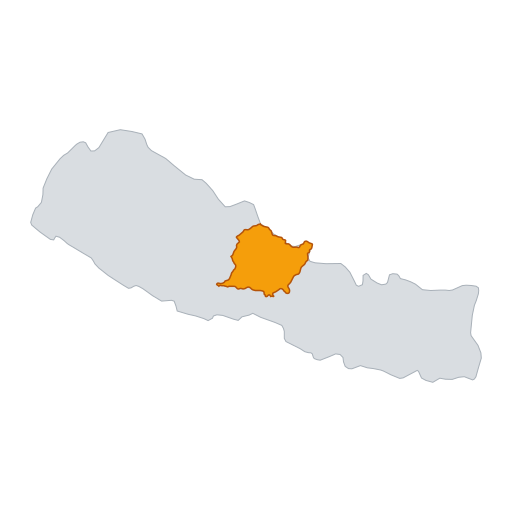 Gandaki on a map of Nepal (Albers equal-area conic projection)
{"feature_id": "NPL-1095", "entity_name": "Gandaki", "entity_type": "District", "adm_level": 1, "iso_a3": "NPL", "parent_name": "Nepal", "parent_adm1": "", "projection": "albers", "projection_center": [84.335, 28.335], "detail": "fine", "context": "in_parent", "style": "filled", "palette": "amber", "viewbox_px": 512, "rotation_deg": 0, "n_neighbors": 0, "source": "natural_earth", "source_scale": "10m", "svg_char_len": 5507}
<svg xmlns="http://www.w3.org/2000/svg" viewBox="0 0 512 512"><path d="M476.1,286.2L478.4,287.8L478.7,290.6L478.4,293.7L476.3,300.5L474.4,305.3L472.3,315.3L470.6,332.7L471.1,335.7L478.0,345.4L480.9,352.9L481.3,358.1L478.7,366.8L475.9,376.8L474.4,379.0L472.6,379.9L464.3,376.7L458.6,377.3L452.2,379.4L445.4,379.2L439.8,378.2L432.8,382.3L425.9,380.4L421.5,378.0L418.5,371.3L417.2,370.4L403.1,377.9L399.7,378.4L390.7,374.7L383.4,371.0L380.6,370.0L373.6,368.6L367.3,367.8L360.4,365.6L351.9,368.8L348.5,368.6L345.2,366.4L343.5,361.8L343.0,357.5L340.1,354.5L335.6,353.9L329.4,356.6L320.2,360.2L317.3,359.7L314.5,358.7L313.5,357.7L312.2,353.7L310.8,352.8L308.6,352.7L304.8,351.7L300.2,348.7L286.0,341.6L284.3,338.4L284.3,331.4L283.5,328.5L281.8,325.4L274.6,322.3L260.6,317.3L252.8,313.3L249.1,315.1L242.0,316.8L238.2,320.4L233.6,319.2L222.7,315.4L216.9,314.8L213.4,316.0L212.5,318.2L208.1,320.6L203.9,318.6L195.5,315.9L188.2,314.3L177.2,311.0L176.0,306.1L174.2,301.2L171.5,300.3L161.6,301.1L152.6,295.7L142.9,288.7L138.8,286.4L136.1,285.5L133.7,286.3L131.0,287.9L128.5,288.3L123.3,285.2L116.6,280.9L108.4,275.6L98.9,268.1L95.0,264.0L93.3,260.9L91.3,258.0L83.0,253.1L76.5,249.2L68.6,244.5L67.2,243.5L64.3,240.8L59.7,237.3L56.0,236.2L54.7,238.0L53.7,239.9L50.4,239.4L45.3,235.8L40.0,232.0L35.9,228.6L31.7,225.0L30.7,222.4L32.8,214.7L35.6,208.1L37.8,206.7L41.4,202.4L42.9,194.7L43.1,188.1L46.8,178.9L51.7,169.1L60.1,158.7L63.7,155.3L67.6,153.0L75.3,145.4L76.8,144.1L80.1,142.2L83.3,141.8L85.7,142.8L88.0,147.0L90.9,151.0L94.6,150.9L98.9,147.6L108.1,132.5L120.3,129.7L131.9,131.5L142.0,133.9L145.0,139.1L146.8,144.6L148.1,147.3L151.4,150.6L165.7,158.5L174.0,165.6L185.6,175.0L194.2,179.2L202.0,179.7L206.3,183.4L212.8,190.7L218.3,199.1L225.2,206.8L230.0,206.6L236.6,204.1L244.5,200.9L249.3,202.5L253.6,204.6L255.1,208.6L257.7,216.2L260.6,224.0L265.2,226.8L270.6,230.8L273.6,234.0L283.8,239.9L285.3,242.2L287.4,243.9L289.9,244.9L291.9,246.1L295.1,246.5L306.9,242.9L310.1,243.3L311.9,244.0L312.0,245.2L309.9,250.8L308.1,257.8L310.0,261.3L315.0,262.8L326.0,263.7L340.8,263.5L345.3,267.0L349.9,272.3L354.5,281.4L356.3,285.2L358.6,286.3L362.4,284.7L363.0,281.0L363.1,275.4L366.3,273.4L368.4,274.8L370.9,279.1L377.1,283.0L381.6,284.8L385.8,284.1L387.5,282.5L389.5,274.8L392.8,273.7L397.0,274.1L398.7,275.6L400.4,278.6L405.6,279.9L410.7,281.8L415.5,284.2L422.4,289.7L430.7,290.5L440.3,290.1L445.4,290.1L449.2,290.5L452.5,290.0L462.3,285.6L466.3,285.2L471.3,285.5L476.1,286.2Z" fill="#d9dde1" stroke="#a8b0b8" stroke-width="1"/><path d="M260.4,223.9L260.9,224.8L263.7,226.4L267.5,227.2L268.2,227.5L268.7,228.0L269.6,229.5L270.8,230.5L271.3,231.1L272.1,234.0L272.8,235.2L274.2,235.6L275.4,235.6L276.4,236.0L277.3,236.5L278.4,236.9L281.4,237.4L281.9,237.7L282.5,238.8L282.8,239.3L283.9,239.7L285.0,239.9L285.6,240.4L285.3,243.3L286.1,243.8L288.6,243.9L289.6,244.5L291.1,246.2L292.1,246.9L292.8,247.2L293.4,247.3L296.5,247.1L297.1,247.2L298.1,247.5L298.7,247.6L299.2,247.4L299.6,247.0L300.3,245.5L300.6,245.1L302.3,244.2L302.8,244.1L303.3,243.9L303.6,243.4L304.2,242.3L304.5,241.7L304.9,241.4L306.1,241.1L307.3,241.5L309.3,242.9L312.0,243.8L312.4,244.5L311.8,247.7L311.6,248.2L311.3,248.8L310.9,249.1L310.0,249.5L309.6,249.9L309.5,250.3L309.6,251.5L309.2,252.3L307.8,253.2L307.5,253.8L307.9,257.3L307.9,258.5L307.7,260.4L306.7,260.9L305.9,261.8L304.8,264.0L304.3,264.6L302.1,266.4L301.3,267.3L300.8,268.3L299.9,271.9L299.2,273.2L298.6,273.9L298.1,274.2L296.6,274.5L295.5,275.0L294.5,275.6L293.9,276.1L293.5,276.7L290.7,282.2L289.9,283.2L288.2,284.9L287.9,285.5L287.8,286.2L287.9,286.6L288.1,287.1L289.2,289.0L289.5,289.9L289.6,290.8L289.4,292.1L289.1,292.7L288.7,293.1L288.2,293.3L287.8,293.4L287.3,293.4L286.7,293.3L286.3,293.1L285.8,292.9L285.5,292.5L285.2,292.1L285.0,291.8L284.8,291.6L284.2,291.3L283.5,290.2L282.9,289.5L282.3,289.1L281.9,288.8L281.3,288.7L280.7,288.6L280.2,288.7L279.9,288.8L278.7,289.8L275.7,291.8L273.2,292.9L272.8,293.4L272.7,294.4L272.9,295.0L273.1,295.4L273.4,295.7L273.6,295.9L273.7,296.3L273.5,296.5L271.6,296.2L270.7,296.5L270.1,295.5L269.6,294.9L268.6,295.0L267.8,295.6L267.2,296.3L266.5,296.6L266.0,296.6L265.7,296.5L265.4,296.2L265.4,295.6L265.2,295.0L264.5,294.6L264.2,294.1L264.1,293.0L264.0,292.2L263.7,291.6L262.7,291.0L260.3,290.5L255.3,290.5L253.0,289.9L251.9,289.3L249.9,287.5L248.8,287.1L247.4,287.2L244.9,288.6L243.6,288.9L242.8,288.9L241.3,288.5L240.6,288.4L240.0,288.5L238.7,289.0L238.1,289.0L237.3,288.6L235.8,287.0L234.9,286.4L233.5,286.3L229.0,286.3L228.0,286.8L227.6,286.9L225.7,286.2L225.0,286.2L224.3,285.8L223.4,285.7L221.8,285.7L220.2,285.4L219.6,285.5L218.9,286.2L218.1,285.5L217.2,285.0L216.7,284.4L217.0,283.6L217.9,283.1L218.8,283.2L220.5,283.6L222.5,283.3L224.3,282.3L225.1,281.0L228.2,280.0L228.9,279.4L229.6,278.4L231.1,274.8L231.5,273.3L231.7,272.8L232.9,271.4L233.5,270.2L234.3,269.4L234.9,268.9L235.7,266.9L235.7,265.4L235.5,264.8L234.6,263.8L234.2,263.3L233.7,262.1L233.1,261.3L232.7,260.6L232.2,258.5L231.0,256.4L231.9,255.8L232.3,255.4L232.8,254.8L233.7,252.2L234.1,251.3L235.2,249.8L235.3,249.7L236.1,248.7L236.5,247.9L236.7,247.0L236.5,245.5L236.8,244.6L237.1,244.0L239.4,241.9L239.2,241.0L239.0,240.5L236.7,237.7L236.4,237.1L236.6,236.8L237.0,236.4L237.7,235.9L239.1,235.2L242.6,232.2L243.2,231.6L243.9,230.4L244.3,229.9L245.1,229.6L246.1,229.6L247.2,229.8L248.1,229.7L249.0,229.4L250.4,228.4L251.8,227.2L252.2,226.8L252.9,226.3L253.7,226.0L256.0,225.7L256.7,225.5L258.2,224.5L259.9,224.1L260.4,223.9Z" fill="#f59e0b" stroke="#b45309" stroke-width="1.5"/></svg>